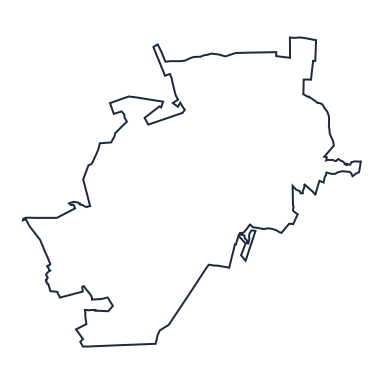 outline of Pedro Escobedo, Querétaro, Mexico
{"feature_id": "50627088B87937870701268", "entity_name": "Pedro Escobedo", "entity_type": "district", "adm_level": 2, "iso_a3": "MEX", "parent_name": "Mexico", "parent_adm1": "Querétaro", "projection": "mercator", "projection_center": [-100.153, 20.469], "detail": "fine", "context": "isolated", "style": "outline", "palette": "slate", "viewbox_px": 384, "rotation_deg": 0, "n_neighbors": 0, "source": "geoboundaries", "source_scale": "gbopen_adm2", "svg_char_len": 5766}
<svg xmlns="http://www.w3.org/2000/svg" viewBox="0 0 384 384"><path d="M157.7,44.4L154.0,46.7L153.6,47.0L153.4,47.1L155.8,53.0L157.3,56.8L158.5,59.6L159.4,61.9L160.4,64.2L161.2,66.2L161.2,66.4L162.2,68.7L163.8,72.7L163.9,72.9L164.0,73.4L165.0,75.7L170.0,74.0L170.1,74.4L170.7,75.9L171.3,77.3L171.7,78.4L172.2,81.1L175.4,94.3L176.0,95.9L178.1,99.6L172.8,103.0L177.9,106.8L180.2,102.7L184.0,108.9L184.9,109.7L182.5,112.9L148.3,124.6L144.6,117.9L159.4,106.4L161.1,107.4L163.1,101.7L138.2,97.7L133.9,97.1L128.9,96.5L128.4,96.6L110.0,103.1L113.8,113.9L121.6,111.4L124.2,114.3L124.6,117.4L124.6,117.7L126.9,121.7L123.2,125.2L115.3,133.1L114.5,136.1L114.3,136.6L111.2,142.4L99.8,143.3L99.4,145.0L98.9,147.4L98.2,149.7L96.5,153.7L92.3,162.8L91.9,163.3L91.1,164.1L90.7,164.3L88.8,165.3L88.5,165.3L83.2,179.3L90.1,206.1L89.0,206.3L86.8,207.0L85.3,206.6L84.2,206.2L82.5,205.0L80.2,204.7L80.0,203.5L78.8,203.6L78.4,202.7L74.1,201.8L71.4,202.5L70.8,202.6L69.1,203.4L71.1,205.1L73.5,204.7L75.1,208.4L56.8,217.9L40.0,217.9L31.3,217.8L30.7,217.7L29.0,217.7L25.6,217.8L23.3,218.8L23.0,220.3L25.7,219.2L27.3,221.9L28.9,225.0L29.9,226.7L40.2,240.0L41.0,242.1L42.5,245.6L44.9,251.5L47.7,257.7L50.3,264.0L49.8,264.8L49.4,264.9L49.2,265.3L48.3,265.5L47.8,265.6L47.2,266.0L47.1,266.4L47.3,266.6L47.7,266.9L47.9,267.2L48.4,267.9L49.1,269.6L50.2,270.6L48.6,271.4L48.1,272.2L47.2,273.0L46.6,273.9L46.3,274.1L46.1,275.0L46.6,276.0L47.4,276.8L47.6,277.5L47.2,278.2L47.4,278.5L47.1,279.0L46.9,279.2L45.9,279.8L46.0,281.0L46.4,280.9L46.6,281.3L46.5,282.0L46.7,282.7L46.9,283.3L47.5,283.8L48.2,283.9L48.4,284.3L48.6,285.0L48.8,286.3L49.5,287.6L49.7,289.3L50.5,291.1L57.5,291.9L57.8,293.6L59.1,295.5L59.9,297.6L65.5,296.1L73.3,294.1L74.9,293.6L79.3,292.5L82.7,291.6L82.3,287.4L82.2,286.8L83.8,286.1L84.6,287.2L85.0,287.8L87.0,290.4L88.3,291.9L88.9,292.7L90.6,294.8L92.0,297.7L92.0,298.7L92.0,299.6L101.4,299.0L105.2,298.1L107.6,297.5L109.1,299.8L109.8,301.0L111.0,302.9L112.1,304.5L112.3,304.8L112.9,305.9L108.3,311.2L107.4,311.2L103.4,311.0L101.5,310.9L99.6,310.8L98.2,310.8L95.2,310.7L95.4,310.0L94.3,310.0L92.1,310.0L91.0,309.9L89.2,310.4L88.8,310.2L87.5,310.1L84.9,310.0L85.0,310.8L85.4,312.1L85.2,315.3L85.5,317.3L85.6,318.2L86.3,323.6L86.4,324.1L76.0,329.4L83.0,339.0L80.3,341.8L82.9,346.5L88.8,346.5L117.1,345.3L155.7,343.8L157.6,335.2L159.8,330.4L168.8,324.8L192.5,289.2L205.8,268.8L208.8,264.7L213.6,265.5L215.8,265.6L218.8,265.8L221.3,266.3L221.6,266.3L229.2,267.7L229.8,265.2L230.0,264.6L230.0,264.3L230.6,262.0L231.4,258.6L231.5,258.0L231.7,257.2L232.0,256.2L232.2,255.5L232.7,253.6L233.5,250.5L233.6,250.0L234.1,247.9L234.1,247.6L234.4,246.7L234.9,244.4L235.9,244.5L238.5,235.7L245.6,243.5L241.1,255.3L245.6,260.8L255.5,230.9L252.1,230.4L251.3,230.7L249.5,233.5L249.0,236.9L249.4,238.5L249.0,240.8L248.6,241.5L248.3,243.5L247.5,243.4L247.2,243.3L246.8,240.2L245.9,239.2L245.3,238.8L244.8,238.0L244.3,235.7L244.0,235.2L243.5,235.1L243.1,235.2L242.2,234.8L239.1,234.7L240.0,233.0L243.0,232.8L244.0,232.1L244.5,231.6L246.7,229.0L249.4,225.2L250.2,224.6L251.3,225.7L252.8,227.2L255.0,227.5L256.7,227.8L261.8,228.7L263.9,229.1L267.4,228.4L269.7,228.5L271.7,228.8L275.1,229.8L276.3,230.3L279.5,232.2L281.4,232.9L289.2,223.7L293.3,224.1L293.4,223.7L297.7,214.3L293.4,211.2L292.9,209.8L293.6,206.7L293.1,205.5L293.0,205.3L292.6,185.9L296.0,189.5L296.4,189.8L299.6,191.1L300.8,193.4L302.9,193.2L302.7,192.0L302.7,191.4L302.8,191.2L304.1,187.8L304.4,186.9L304.4,184.6L304.6,184.5L313.2,192.1L315.1,194.5L315.8,193.8L315.9,192.6L319.4,180.8L323.6,182.5L324.6,177.5L325.9,175.0L326.5,172.5L331.1,173.8L335.2,173.9L337.7,172.3L339.6,171.8L342.8,171.2L345.2,171.5L347.8,171.7L349.2,171.9L349.8,172.0L350.1,172.2L350.3,172.4L350.5,172.6L350.7,172.8L351.1,173.1L351.3,173.5L351.5,173.8L351.6,174.2L351.7,174.5L351.8,174.6L352.2,175.5L352.3,175.8L352.4,176.0L352.5,176.2L354.7,174.6L355.5,173.9L359.0,172.2L359.5,169.7L360.9,161.2L361.0,160.7L360.5,161.5L360.1,161.7L356.1,161.4L354.3,161.4L353.0,161.9L351.5,162.1L351.4,162.3L350.8,163.3L350.3,164.5L350.0,164.7L348.7,164.6L347.1,163.9L347.0,165.0L346.6,165.1L346.3,164.9L345.8,164.2L345.9,163.8L345.4,163.7L345.3,164.2L344.9,164.3L344.6,164.1L344.5,163.3L344.0,162.6L343.7,162.3L343.5,161.9L342.8,161.5L340.8,160.7L340.0,160.3L339.7,159.9L339.2,159.6L339.1,159.4L338.7,159.2L338.4,159.1L337.9,159.2L336.9,160.2L336.5,160.8L335.9,161.1L335.6,161.1L332.5,159.9L331.9,159.9L326.9,160.0L326.7,160.0L326.3,160.2L326.5,159.7L326.7,157.2L325.3,157.0L325.2,157.0L325.0,156.7L324.8,156.6L324.4,156.6L333.1,146.5L333.8,145.6L333.8,145.0L333.7,144.7L333.3,141.9L333.2,141.8L332.7,140.3L332.3,139.3L331.0,136.7L330.5,135.4L330.4,135.1L329.7,133.4L329.7,133.0L329.6,132.9L329.6,131.1L329.4,130.2L329.3,128.6L329.3,128.4L329.2,128.1L328.9,126.2L328.8,125.9L329.1,124.6L329.1,124.2L329.0,122.0L329.0,120.7L329.1,118.4L329.0,117.2L328.6,115.4L328.3,114.4L327.2,111.6L325.2,108.9L323.8,106.9L323.5,106.1L322.0,104.1L319.6,103.1L317.9,102.9L317.3,102.9L316.6,102.0L309.0,96.7L308.7,97.1L305.8,95.7L303.3,94.2L303.6,93.7L303.4,93.1L303.7,79.6L307.8,79.5L308.2,79.5L311.0,79.7L311.4,76.2L311.6,73.6L311.8,72.3L312.2,68.9L312.7,64.5L312.7,64.4L313.1,60.8L315.2,61.0L315.3,60.8L315.4,59.0L315.4,58.9L315.5,55.3L315.6,51.8L315.8,48.0L315.8,47.9L315.9,43.7L316.0,43.6L316.0,40.2L304.4,38.0L301.1,37.6L299.3,37.5L294.6,37.9L290.8,37.6L290.0,37.5L289.9,37.5L289.9,39.6L290.0,45.2L290.0,46.2L290.0,48.1L290.0,50.0L290.0,54.7L290.1,57.8L285.0,57.2L276.2,56.1L276.2,52.1L263.6,52.4L250.7,52.6L235.6,53.0L230.2,54.8L225.8,56.3L224.6,56.2L221.0,55.1L218.2,54.4L211.6,53.6L207.3,54.8L203.6,55.4L200.6,56.7L197.6,56.8L194.3,57.0L193.0,57.2L189.8,58.3L185.0,60.6L180.9,61.1L178.5,61.2L171.5,61.1L165.4,61.7L161.3,51.6L157.7,44.4Z" fill="none" stroke="#1e293b" stroke-width="2"/></svg>